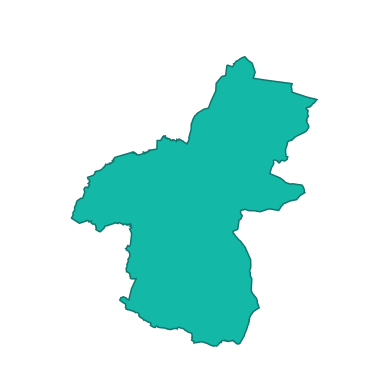 Zinapécuaro, Michoacán, Mexico, rotated 106°
{"feature_id": "50627088B67207882372338", "entity_name": "Zinapécuaro", "entity_type": "district", "adm_level": 2, "iso_a3": "MEX", "parent_name": "Mexico", "parent_adm1": "Michoacán", "projection": "natural_earth1", "projection_center": [-100.761, 19.856], "detail": "fine", "context": "isolated", "style": "filled", "palette": "teal", "viewbox_px": 384, "rotation_deg": 106, "n_neighbors": 0, "source": "geoboundaries", "source_scale": "gbopen_adm2", "svg_char_len": 6065}
<svg xmlns="http://www.w3.org/2000/svg" viewBox="0 0 384 384"><g transform="rotate(106 192 192)"><path d="M60.3,125.6L64.3,153.0L65.8,164.5L59.4,164.3L51.6,169.7L49.8,174.8L47.8,177.7L47.8,178.0L47.4,178.5L48.9,180.6L51.0,182.7L53.5,184.5L53.9,185.5L57.2,186.7L57.3,187.2L57.8,186.8L60.5,187.6L60.2,192.5L61.0,193.3L70.4,191.8L70.9,192.0L72.9,195.3L80.9,198.7L88.3,197.0L100.2,198.8L106.5,199.3L106.9,199.5L109.3,203.6L115.1,208.8L116.7,209.3L118.3,210.4L120.9,210.8L121.1,211.0L126.4,211.3L126.6,211.5L131.9,210.1L140.7,210.0L142.2,209.3L147.1,210.0L146.3,213.4L145.5,214.7L145.6,215.2L144.6,219.0L146.0,219.1L145.6,221.1L147.7,220.9L146.8,224.0L147.2,225.1L148.0,225.1L148.3,226.7L147.8,226.7L146.9,228.8L147.6,230.1L146.9,230.8L147.6,231.9L145.4,233.1L146.0,234.6L146.6,234.1L147.0,235.2L147.3,235.0L147.5,235.4L149.6,236.0L151.0,236.1L152.1,239.7L160.3,237.6L162.1,241.1L163.5,244.6L164.2,244.2L164.3,245.2L165.6,245.3L165.6,246.0L166.3,246.9L166.4,246.5L167.2,246.9L167.1,247.2L167.5,247.5L167.3,248.1L167.8,248.2L167.2,248.8L167.0,249.8L168.6,249.5L171.2,253.5L171.2,255.1L171.4,255.5L170.5,256.1L170.6,257.1L170.3,257.3L170.5,257.5L170.0,257.7L169.8,259.0L170.8,259.0L170.8,259.6L169.9,259.3L169.9,260.3L170.7,260.4L170.7,261.0L180.0,275.7L182.0,276.4L182.5,276.0L183.1,276.0L183.2,276.5L183.9,276.1L184.0,277.0L184.7,276.4L186.2,277.5L186.6,278.3L186.9,278.1L187.4,278.2L187.3,278.9L187.6,278.7L188.4,280.1L188.3,280.5L189.1,281.1L189.2,282.6L189.9,282.3L190.0,282.6L190.7,282.7L191.4,283.2L192.0,283.0L192.7,283.8L195.1,285.0L197.1,287.1L198.4,289.8L199.4,290.7L199.9,290.2L202.8,291.2L205.3,294.3L206.3,296.0L206.9,296.4L208.3,295.3L208.5,295.1L208.5,294.0L209.0,293.6L209.9,293.5L209.9,293.2L211.1,293.7L211.9,293.6L212.6,294.2L213.1,292.9L213.8,292.2L214.5,292.6L215.0,293.3L216.7,293.1L216.5,295.3L217.0,296.0L218.5,296.6L219.4,296.5L221.7,295.0L228.0,295.4L228.5,295.9L228.6,297.0L229.1,297.6L230.2,298.2L231.3,299.4L232.3,300.0L234.3,300.2L235.0,299.9L238.0,300.5L239.4,300.6L242.2,299.7L243.5,300.5L244.9,300.7L246.7,300.0L250.4,300.6L253.1,291.6L248.5,284.9L248.4,285.3L248.3,285.2L248.0,284.5L248.3,283.7L249.2,283.0L249.1,282.7L247.7,280.8L248.6,280.9L249.3,280.6L249.8,279.9L250.2,278.6L249.7,276.4L250.8,275.6L251.5,274.5L252.0,274.4L252.3,274.7L252.9,274.0L254.5,274.1L255.6,270.6L255.4,269.1L250.4,266.3L249.2,266.4L248.1,265.2L247.6,263.7L247.2,263.6L243.9,258.6L242.7,257.7L243.0,257.1L242.7,256.7L242.7,254.3L241.5,254.0L241.8,250.4L242.0,250.4L242.5,249.0L241.3,248.1L241.2,246.5L241.5,246.0L241.2,246.0L241.5,244.9L241.5,244.5L240.6,244.4L240.9,243.5L239.5,242.5L240.0,241.9L240.8,241.9L241.1,241.2L242.4,242.1L242.8,240.1L244.6,241.1L244.8,241.7L248.0,238.9L249.9,238.3L259.2,236.8L260.4,236.7L261.6,237.2L261.6,238.0L261.1,238.7L261.3,239.1L264.3,239.4L264.6,240.0L264.9,239.5L265.8,239.2L266.2,237.3L267.3,235.6L269.7,234.3L272.1,234.2L274.2,235.0L275.9,234.3L277.1,234.2L279.6,234.7L280.6,234.0L281.7,233.8L283.3,234.3L285.8,233.4L286.7,232.8L286.4,232.4L287.9,229.0L289.9,228.5L290.2,228.3L290.4,227.7L291.9,227.4L292.1,227.0L292.0,225.7L291.3,223.3L290.7,222.3L290.6,221.8L301.8,223.5L313.1,223.0L312.9,224.5L312.5,225.5L312.1,225.8L311.6,229.2L313.0,230.6L313.2,231.3L315.9,231.6L317.4,227.6L317.9,225.1L319.6,224.3L321.1,224.2L322.2,223.2L322.8,223.0L322.7,221.4L322.9,221.2L322.6,220.1L322.8,216.3L322.6,214.6L323.1,214.2L323.5,213.2L323.2,212.5L323.0,210.7L323.5,209.7L324.4,209.0L325.2,209.2L326.5,207.8L327.4,204.3L328.5,203.0L328.1,202.1L329.0,198.8L329.2,196.6L329.5,195.4L330.2,195.1L331.7,195.2L332.5,192.1L332.4,190.1L330.8,189.2L330.6,188.7L331.2,187.7L331.3,186.6L330.8,183.1L330.4,181.6L330.2,181.6L330.5,178.1L330.3,175.2L329.3,173.2L328.4,172.2L327.5,169.2L327.8,168.5L326.3,168.1L325.8,167.7L325.6,166.9L325.9,165.0L325.7,163.1L326.0,161.9L327.0,160.2L327.0,159.3L327.8,156.9L327.7,156.5L327.9,153.4L329.7,152.4L330.6,152.3L331.3,151.5L331.9,152.0L333.3,151.4L334.6,151.5L335.4,148.6L336.6,148.5L333.2,141.2L333.4,135.5L333.9,133.1L334.3,129.0L333.4,127.5L333.3,125.9L332.2,125.0L329.4,123.9L329.0,123.4L328.8,122.6L328.3,122.4L327.6,122.9L326.7,122.1L326.2,121.0L325.9,119.7L325.6,119.6L325.8,119.3L325.3,118.7L326.0,117.8L325.5,116.1L325.7,115.5L324.8,114.7L324.3,113.2L323.3,112.1L323.6,111.8L323.4,111.5L324.0,110.8L324.6,108.8L325.1,108.2L325.5,107.0L325.5,106.1L325.2,105.8L325.1,105.1L324.3,104.3L315.6,102.1L314.8,102.3L308.2,101.6L305.1,101.6L304.0,101.5L303.7,101.2L302.5,101.6L300.9,101.2L299.4,102.1L298.9,101.6L297.1,102.0L293.6,101.4L289.9,99.9L287.2,97.7L284.9,95.5L279.8,99.0L278.2,99.5L276.3,100.9L272.8,105.9L271.4,107.2L269.7,108.1L258.9,110.6L256.6,112.8L253.1,113.9L251.9,115.0L248.7,114.7L247.5,114.9L240.9,117.0L230.4,125.8L225.9,131.8L224.8,134.4L224.1,135.2L222.2,138.2L219.6,141.5L218.4,141.7L215.5,138.0L214.8,137.8L206.0,139.0L204.7,137.7L200.9,137.1L199.2,139.4L198.3,139.5L197.2,140.1L195.8,139.6L195.2,139.0L195.4,138.1L194.0,136.3L194.2,131.7L192.7,126.4L192.5,123.1L192.1,120.9L187.9,114.8L186.8,112.6L185.8,103.5L185.2,103.6L184.7,103.2L180.8,102.1L179.1,101.0L178.1,101.1L176.9,99.0L175.7,98.0L173.5,94.9L172.9,94.4L172.5,93.1L170.5,89.4L165.6,87.1L161.5,83.3L161.0,84.0L159.7,84.3L157.3,85.8L155.3,87.7L155.1,88.5L156.3,97.2L157.3,99.8L157.1,104.8L155.9,106.8L154.2,111.0L152.9,122.3L146.1,122.3L145.4,121.8L142.6,121.3L141.6,121.4L139.4,122.4L138.8,122.0L138.4,121.4L138.6,118.0L139.4,117.9L139.4,117.0L140.0,116.5L139.9,116.0L138.4,115.3L137.5,115.4L136.7,113.9L136.7,111.5L134.4,109.5L131.7,109.7L131.8,111.1L131.5,111.7L130.3,111.9L127.8,113.1L125.1,113.8L120.9,113.6L117.6,113.9L115.4,112.1L115.4,111.4L114.9,110.5L110.2,107.7L103.3,100.0L101.3,98.6L100.0,98.2L97.8,97.6L96.2,98.1L92.5,101.5L91.6,101.4L91.2,101.1L90.7,101.9L89.0,101.7L87.5,101.1L86.7,101.2L85.6,102.2L83.4,102.8L82.1,102.8L82.1,103.1L81.4,103.2L80.8,104.7L80.0,105.4L79.4,105.1L78.7,104.0L78.2,103.8L78.2,103.0L77.6,102.8L77.7,102.1L75.9,101.0L73.2,100.0L73.2,99.4L68.7,97.3L69.1,108.3L68.5,123.2L63.2,125.6L62.3,125.8L61.5,125.4L60.3,125.6Z" fill="#14b8a6" stroke="#0f766e" stroke-width="1.5"/></g></svg>